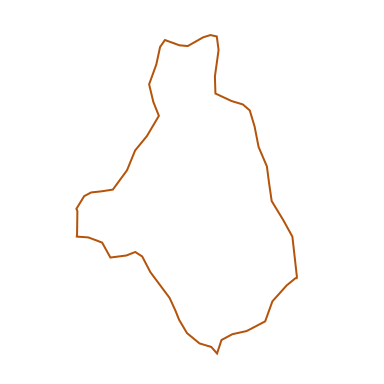 Borlänge, Dalarna, Sweden (Robinson projection), rotated 276°
{"feature_id": "70781695B12440080986596", "entity_name": "Borlänge", "entity_type": "district", "adm_level": 2, "iso_a3": "SWE", "parent_name": "Sweden", "parent_adm1": "Dalarna", "projection": "robinson", "projection_center": [15.395, 60.481], "detail": "fine", "context": "isolated", "style": "outline", "palette": "amber", "viewbox_px": 384, "rotation_deg": 276, "n_neighbors": 0, "source": "geoboundaries", "source_scale": "gbopen_adm2", "svg_char_len": 866}
<svg xmlns="http://www.w3.org/2000/svg" viewBox="0 0 384 384"><g transform="rotate(276 192 192)"><path d="M135.6,82.1L136.0,93.6L132.3,107.9L118.3,117.7L122.0,133.4L126.4,141.8L122.7,149.2L107.9,159.0L84.3,180.8L72.5,187.8L63.6,192.5L51.1,201.8L42.2,215.3L39.9,227.4L34.0,233.8L47.9,236.8L54.8,247.0L59.4,260.8L71.0,278.3L91.7,283.4L109.0,295.9L117.1,303.9L117.2,305.1L118.6,305.2L158.1,296.5L173.6,285.7L191.3,272.2L209.8,267.5L225.3,263.8L243.8,253.5L263.7,247.4L279.2,240.9L284.4,233.4L286.6,221.8L292.4,205.0L309.4,202.7L336.0,203.6L349.3,200.4L350.0,193.9L349.9,193.7L347.0,186.9L336.7,172.5L336.6,164.1L340.3,149.2L332.9,145.1L315.2,143.2L294.6,138.1L277.6,144.1L264.3,151.1L242.9,141.3L227.4,131.1L206.8,125.1L186.1,113.0L183.2,101.9L181.0,91.7L176.6,85.2L163.2,78.8L161.1,80.0L138.1,82.1L135.6,82.1Z" fill="none" stroke="#b45309" stroke-width="2"/></g></svg>